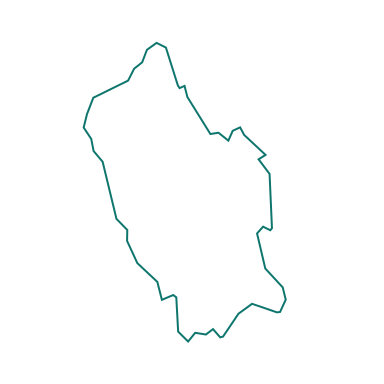 map outline of Banbridge (Robinson projection), rotated 61°
{"feature_id": "GBR-2087", "entity_name": "Banbridge", "entity_type": "District", "adm_level": 1, "iso_a3": "GBR", "parent_name": "United Kingdom", "parent_adm1": "", "projection": "robinson", "projection_center": [-6.161, 54.343], "detail": "fine", "context": "isolated", "style": "outline", "palette": "teal", "viewbox_px": 384, "rotation_deg": 61, "n_neighbors": 0, "source": "natural_earth", "source_scale": "10m", "svg_char_len": 775}
<svg xmlns="http://www.w3.org/2000/svg" viewBox="0 0 384 384"><g transform="rotate(61 192 192)"><path d="M83.1,255.5L72.9,246.0L61.7,232.6L63.6,193.9L56.1,182.8L54.4,172.7L45.8,162.5L44.4,150.7L53.0,144.8L91.9,152.7L95.1,152.5L95.6,147.1L106.7,150.0L150.2,147.8L153.0,140.1L164.7,135.3L158.2,126.7L158.8,118.6L167.4,118.7L195.2,109.7L195.7,117.9L213.8,115.4L262.4,139.6L263.4,142.1L256.8,146.6L259.8,155.2L294.5,165.0L319.4,158.9L331.6,162.2L339.6,173.1L338.5,176.0L318.9,193.7L321.0,210.4L333.5,234.9L332.8,237.8L322.1,240.1L323.4,248.9L316.7,257.5L320.9,267.9L307.4,271.8L276.5,256.8L273.0,258.4L271.7,270.6L253.8,265.9L227.7,274.3L203.3,272.5L193.8,267.0L178.9,271.1L122.2,255.5L108.5,258.2L96.7,254.4L83.1,255.5Z" fill="none" stroke="#0f766e" stroke-width="2"/></g></svg>